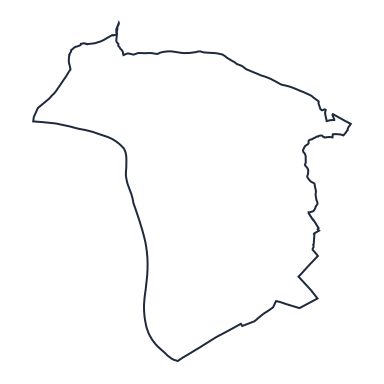 Gennep, Limburg, Netherlands (Natural Earth projection)
{"feature_id": "6326949B74696294770759", "entity_name": "Gennep", "entity_type": "district", "adm_level": 2, "iso_a3": "NLD", "parent_name": "Netherlands", "parent_adm1": "Limburg", "projection": "natural_earth1", "projection_center": [5.991, 51.696], "detail": "fine", "context": "isolated", "style": "outline", "palette": "slate", "viewbox_px": 384, "rotation_deg": 0, "n_neighbors": 0, "source": "geoboundaries", "source_scale": "gbopen_adm2", "svg_char_len": 5836}
<svg xmlns="http://www.w3.org/2000/svg" viewBox="0 0 384 384"><path d="M317.9,256.0L316.6,254.3L312.6,249.7L312.8,248.4L313.2,247.7L313.6,247.0L313.5,245.7L313.2,244.8L313.7,244.3L314.4,234.5L313.9,234.0L314.4,233.3L315.5,232.7L318.8,230.8L318.6,230.7L318.8,230.5L317.8,229.4L317.7,229.3L317.7,229.1L318.5,228.5L318.6,228.3L318.6,228.2L318.4,227.7L317.1,225.9L315.7,223.4L314.5,221.6L314.2,221.1L313.9,220.9L313.7,220.6L313.4,220.4L313.5,219.9L313.4,219.7L313.2,219.5L312.4,219.2L312.2,218.7L311.9,218.1L311.6,217.9L311.3,217.5L311.2,217.0L311.0,216.6L310.6,216.4L310.3,216.0L310.2,215.7L310.1,215.4L309.7,215.0L309.6,214.8L309.6,214.6L309.3,214.2L309.0,213.9L308.7,213.4L308.7,213.0L308.6,212.3L309.7,212.3L311.4,211.8L312.7,211.4L313.3,211.1L313.7,210.7L314.1,210.2L314.6,209.4L315.2,208.2L315.8,206.6L316.1,206.0L316.2,205.7L317.2,204.5L317.4,204.1L317.5,203.6L317.5,202.9L317.4,202.5L316.7,200.6L316.4,199.8L315.6,195.0L315.6,194.2L315.9,192.1L315.9,191.2L315.8,190.3L315.4,188.5L315.0,186.9L314.8,185.6L314.6,184.1L314.5,183.8L314.2,183.4L313.9,183.1L312.6,182.5L312.0,182.2L310.7,181.4L310.3,181.1L308.2,178.6L307.8,177.9L307.3,176.9L307.2,176.4L307.3,176.1L307.7,174.9L307.8,174.5L308.0,173.7L308.2,171.6L308.2,170.8L308.2,170.2L308.0,169.4L307.8,168.9L307.6,168.5L307.0,167.6L306.5,166.9L305.4,165.8L305.2,165.4L304.9,164.9L305.1,164.2L305.6,163.0L305.8,162.2L305.7,160.1L305.7,156.8L305.5,155.5L305.3,154.8L304.8,153.7L304.7,153.4L303.6,152.3L303.4,152.0L303.1,151.1L303.0,150.5L303.3,149.6L303.7,148.6L304.5,147.0L305.0,146.2L305.4,145.8L306.6,145.0L307.8,144.3L308.3,143.7L308.6,143.3L308.5,141.5L308.6,141.0L308.7,140.7L309.4,140.1L310.2,139.7L311.4,139.3L311.8,139.4L313.2,138.5L314.1,138.0L314.5,138.0L315.4,137.4L316.0,137.0L316.8,136.6L317.7,136.6L318.0,136.6L318.3,136.1L318.6,136.0L318.9,135.9L319.8,135.7L321.0,135.5L321.5,135.5L321.9,135.5L322.2,135.7L323.0,136.6L323.3,136.8L324.1,137.0L324.2,137.3L324.3,137.4L324.4,137.5L324.6,137.5L325.0,137.4L325.5,137.5L326.0,137.4L326.9,137.1L327.5,137.1L328.1,137.1L328.9,137.0L330.6,137.1L332.5,137.4L332.7,135.1L332.8,134.3L335.0,134.1L337.7,134.2L340.6,134.5L341.4,134.7L343.4,135.4L345.9,132.5L346.5,131.5L347.6,130.2L347.4,130.0L348.1,127.9L348.3,127.5L348.6,126.9L349.6,125.7L350.8,123.9L344.7,120.7L332.9,114.1L332.6,114.5L332.5,115.4L334.2,119.0L334.2,120.0L331.0,120.1L327.6,120.8L326.7,121.1L325.5,115.6L325.0,112.8L325.3,111.9L325.7,109.9L324.7,109.3L322.2,110.3L321.8,110.2L320.6,109.3L320.4,109.1L318.5,103.4L318.7,101.5L318.1,100.9L315.3,98.9L313.5,97.6L311.8,96.1L310.3,95.2L302.8,91.8L301.1,91.2L294.0,88.2L290.3,86.8L285.1,85.4L283.9,85.2L281.3,84.6L280.8,84.3L278.2,82.9L275.5,81.4L272.4,79.8L271.0,79.0L265.0,76.6L261.3,75.5L257.1,73.7L254.6,72.7L246.7,69.4L246.1,69.2L242.9,66.6L240.9,65.5L238.4,64.6L236.7,63.9L236.0,63.4L235.1,62.6L233.8,61.7L232.3,61.0L227.5,58.1L226.5,57.4L225.4,56.4L223.7,55.3L222.4,54.5L218.3,53.6L216.0,53.2L213.1,53.0L206.2,52.6L204.9,52.5L202.9,52.2L200.3,51.4L199.1,51.4L197.6,51.6L195.9,52.1L190.1,52.9L187.1,53.0L184.4,53.1L182.4,53.0L172.5,51.5L170.9,51.3L169.6,51.3L167.8,51.4L163.3,51.9L160.0,52.7L159.3,53.0L158.5,53.6L157.9,53.8L157.1,53.9L156.1,53.9L153.5,53.4L150.5,53.0L145.1,53.2L142.0,53.1L138.6,53.0L138.0,53.1L133.7,54.6L131.6,54.2L129.5,53.7L127.9,53.4L126.0,54.0L123.5,55.1L123.2,54.3L123.0,52.6L122.7,51.7L122.3,50.9L121.8,50.1L120.2,48.6L119.7,47.4L118.4,46.0L118.2,45.5L118.2,45.2L118.4,44.4L118.4,44.0L117.6,43.1L116.9,42.4L116.5,41.7L116.3,40.3L117.0,33.3L116.8,32.2L116.9,31.3L117.1,30.3L117.4,29.3L117.3,28.1L117.6,26.5L117.9,25.8L118.5,24.8L118.9,23.3L118.8,23.0L116.3,29.2L116.3,30.1L116.3,31.1L116.4,32.7L116.5,33.0L116.8,34.1L116.7,34.3L115.4,34.9L114.4,35.1L113.9,35.2L113.1,35.5L112.4,35.0L105.7,38.8L103.2,40.3L102.3,40.6L100.7,41.4L96.5,42.7L95.9,42.9L95.2,43.2L87.8,44.1L87.0,43.9L87.0,44.1L86.1,43.9L85.3,43.7L84.0,43.2L81.1,43.9L80.9,43.9L80.6,45.0L79.9,45.4L77.5,46.4L77.1,46.5L75.8,46.7L74.0,47.7L72.5,49.2L71.4,49.8L71.2,50.0L71.1,50.4L71.1,51.0L71.0,51.5L70.3,52.9L69.8,53.6L69.6,54.1L69.5,55.0L69.2,55.0L69.2,55.5L68.8,59.8L68.9,62.4L70.0,67.0L70.5,69.4L69.7,70.5L65.7,76.9L61.5,83.0L61.3,83.4L58.2,87.9L56.1,91.0L54.3,93.2L54.0,93.6L52.2,95.2L49.2,98.6L37.9,108.0L33.8,117.0L33.4,120.0L33.2,121.4L42.3,122.1L48.5,122.7L54.1,123.3L56.0,123.5L57.9,123.9L61.9,124.8L64.0,125.2L70.1,126.5L74.3,127.7L78.0,128.6L79.3,128.9L85.7,130.1L92.7,131.9L95.7,132.9L100.5,134.6L107.8,137.0L110.5,138.2L112.4,139.1L115.1,140.8L116.0,141.4L117.9,142.8L118.6,143.3L120.9,145.4L122.5,147.0L123.9,148.5L124.2,149.1L124.9,150.7L125.5,152.3L126.1,155.2L126.3,157.3L126.4,160.2L126.3,165.9L126.3,167.4L125.9,172.6L125.9,175.0L126.0,176.2L126.2,177.6L126.6,179.9L127.1,182.1L127.6,183.9L127.9,184.8L131.3,194.0L132.6,198.6L133.0,200.8L133.1,201.2L133.4,202.9L133.8,204.1L134.2,205.5L134.7,206.6L138.2,217.0L139.3,220.4L141.9,228.7L143.5,234.5L145.2,241.3L146.1,246.2L146.9,252.1L147.4,257.9L147.6,263.7L147.5,269.5L147.2,275.4L146.6,281.2L145.7,289.3L145.3,292.0L144.7,296.6L144.3,300.8L144.1,303.7L144.0,305.2L144.0,307.9L144.1,311.0L144.3,314.0L144.6,317.1L145.1,320.4L146.0,325.0L146.5,327.3L147.2,329.4L148.1,331.9L148.7,333.5L150.0,336.0L151.6,338.8L152.5,340.2L154.7,343.1L155.8,344.5L158.1,346.8L159.6,348.2L165.3,353.3L167.1,355.2L168.9,356.6L170.7,357.9L171.0,358.3L171.6,358.6L173.6,359.7L177.8,361.0L182.9,357.5L183.1,357.4L184.0,356.9L190.4,353.1L196.1,349.6L199.2,347.8L215.4,337.6L220.3,334.9L220.9,334.7L230.9,329.3L235.8,326.6L240.9,323.8L242.2,326.0L252.3,322.1L254.4,321.3L256.4,319.7L258.0,318.2L263.2,314.0L265.4,312.5L266.9,311.7L267.8,311.0L269.8,309.7L273.1,307.3L276.0,301.1L276.7,301.2L280.4,302.1L285.9,304.0L299.5,308.1L317.5,298.5L312.4,292.0L311.9,291.3L311.8,291.1L298.5,276.6L300.9,274.2L309.8,264.4L315.0,259.0L317.9,256.0Z" fill="none" stroke="#1e293b" stroke-width="2"/></svg>